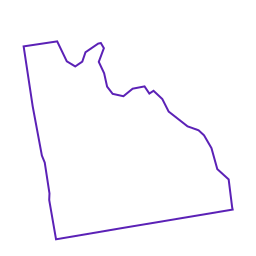 Osage, Missouri, United States of America (Robinson projection), rotated 80°
{"feature_id": "52423323B54445613947141", "entity_name": "Osage", "entity_type": "district", "adm_level": 2, "iso_a3": "USA", "parent_name": "United States of America", "parent_adm1": "Missouri", "projection": "robinson", "projection_center": [-91.946, 38.498], "detail": "fine", "context": "isolated", "style": "outline", "palette": "violet", "viewbox_px": 256, "rotation_deg": 80, "n_neighbors": 0, "source": "geoboundaries", "source_scale": "gbopen_adm2", "svg_char_len": 589}
<svg xmlns="http://www.w3.org/2000/svg" viewBox="0 0 256 256"><g transform="rotate(80 128 128)"><path d="M224.1,39.2L196.1,37.8L184.0,47.2L162.3,49.3L148.4,54.4L142.5,58.9L136.7,69.1L118.9,85.1L105.4,89.2L95.8,96.4L97.8,101.0L89.9,104.5L90.1,116.6L95.9,127.0L91.7,137.2L83.6,141.4L69.9,142.0L57.8,145.3L45.2,137.9L39.6,140.0L39.7,142.7L46.0,156.7L54.7,161.5L58.2,169.3L51.7,176.7L30.4,182.7L30.0,197.9L29.5,216.6L90.2,218.1L140.2,217.6L147.6,216.0L178.8,216.7L185.2,218.1L225.1,218.2L225.5,153.8L225.6,141.9L226.5,39.1L224.1,39.2Z" fill="none" stroke="#5b21b6" stroke-width="2"/></g></svg>